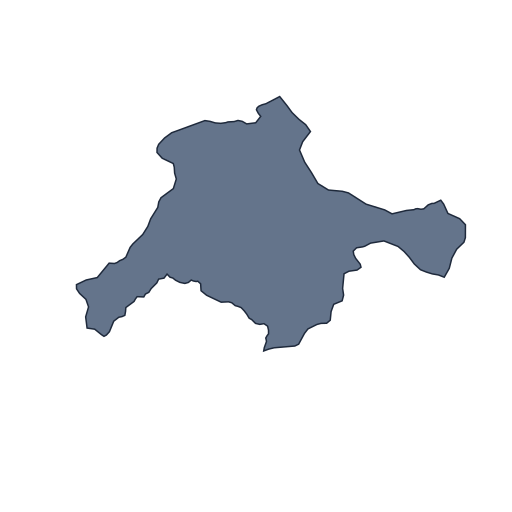 outline of Ankara, rotated 315°
{"feature_id": "TUR-3008", "entity_name": "Ankara", "entity_type": "Province", "adm_level": 1, "iso_a3": "TUR", "parent_name": "Turkey", "parent_adm1": "", "projection": "albers", "projection_center": [32.475, 39.676], "detail": "fine", "context": "isolated", "style": "filled", "palette": "slate", "viewbox_px": 512, "rotation_deg": 315, "n_neighbors": 0, "source": "natural_earth", "source_scale": "10m", "svg_char_len": 2372}
<svg xmlns="http://www.w3.org/2000/svg" viewBox="0 0 512 512"><g transform="rotate(315 256 256)"><path d="M245.2,149.9L254.1,145.2L257.1,139.8L261.0,135.4L262.9,132.1L258.8,120.6L259.2,112.8L262.3,109.8L266.2,108.2L274.8,107.9L283.5,109.2L315.6,124.1L318.7,128.3L321.3,133.1L324.9,137.3L329.0,140.4L330.9,141.3L335.6,145.5L339.1,147.4L341.5,151.1L342.8,156.0L350.0,161.6L358.1,160.6L358.5,156.9L359.7,152.9L361.6,152.0L363.9,152.1L367.3,153.4L370.6,155.3L385.5,160.0L384.2,171.8L382.9,180.0L383.0,189.7L384.0,198.3L382.5,206.5L369.8,208.2L361.7,211.8L356.8,224.0L354.2,236.2L351.0,248.5L353.9,260.6L362.8,271.3L366.0,276.8L370.5,297.2L379.6,314.4L382.0,322.4L394.6,330.2L400.4,334.9L402.3,335.6L403.8,336.8L405.7,339.6L408.0,341.3L413.9,341.6L417.6,343.2L419.1,344.7L426.1,347.2L425.4,352.0L421.8,361.6L426.4,373.7L426.2,382.0L417.0,391.1L412.7,393.3L402.7,393.1L393.0,396.0L383.9,401.4L374.1,404.1L371.6,398.4L368.0,393.3L365.1,387.8L362.6,382.0L362.3,373.6L363.5,365.3L363.9,357.5L363.2,349.7L357.1,335.8L346.1,327.9L339.8,326.0L337.8,324.9L332.9,321.3L328.2,321.3L326.1,324.2L324.8,328.1L323.9,335.5L322.3,338.2L317.5,337.4L311.0,332.5L305.7,330.8L294.3,340.2L290.3,345.6L285.2,348.6L276.8,345.1L269.8,348.4L263.1,353.9L258.4,353.5L254.3,349.6L250.7,347.5L241.2,344.3L235.6,345.0L223.8,348.5L219.8,347.1L203.9,333.7L199.1,330.8L194.3,328.6L197.0,326.7L202.9,323.9L204.0,322.4L204.9,320.9L207.4,320.2L209.8,319.9L212.4,317.3L214.6,313.8L213.8,309.5L210.3,307.0L208.0,303.3L208.0,297.7L207.7,297.0L207.2,295.1L208.3,290.8L208.9,286.4L209.0,282.0L207.7,279.0L206.2,276.4L205.8,271.9L204.2,269.0L198.7,264.0L193.3,248.8L192.6,241.7L197.2,236.5L197.0,232.7L195.6,231.7L194.0,229.3L193.2,227.2L189.5,226.9L186.3,225.1L183.5,220.8L182.0,216.3L181.6,212.7L180.2,210.2L180.3,205.9L175.3,206.6L170.8,203.5L166.8,204.9L158.8,204.9L154.5,205.9L150.9,204.7L147.7,205.6L143.2,200.7L140.4,201.1L137.6,201.9L127.5,200.4L124.5,203.0L121.3,205.2L118.4,204.1L115.7,202.3L109.3,201.5L98.8,205.9L94.3,206.1L91.7,205.3L91.1,202.3L90.2,193.7L85.6,187.5L92.5,178.6L101.6,173.6L105.1,166.4L104.8,157.7L105.9,152.3L108.8,149.3L119.0,152.9L128.5,159.0L147.1,157.2L150.6,161.2L153.1,162.4L156.3,162.9L159.7,164.3L163.2,164.8L173.1,160.9L177.4,160.4L191.1,160.7L200.4,158.6L207.9,155.2L220.9,152.2L225.5,149.0L230.1,147.6L245.2,149.9Z" fill="#64748b" stroke="#1e293b" stroke-width="1.5"/></g></svg>